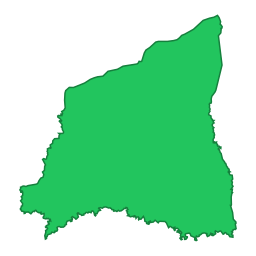 Phu Pha Man, Khon Kaen, Thailand
{"feature_id": "78962969B79810553491951", "entity_name": "Phu Pha Man", "entity_type": "district", "adm_level": 2, "iso_a3": "THA", "parent_name": "Thailand", "parent_adm1": "Khon Kaen", "projection": "albers", "projection_center": [101.845, 16.731], "detail": "fine", "context": "isolated", "style": "filled", "palette": "green", "viewbox_px": 256, "rotation_deg": 0, "n_neighbors": 0, "source": "geoboundaries", "source_scale": "gbopen_adm2", "svg_char_len": 5878}
<svg xmlns="http://www.w3.org/2000/svg" viewBox="0 0 256 256"><path d="M217.5,15.4L214.0,17.2L209.5,18.2L203.2,20.4L193.5,29.3L184.7,34.2L181.7,35.4L179.5,37.8L177.1,39.7L173.6,40.6L167.6,41.4L158.4,41.4L155.7,42.1L149.8,47.5L145.9,50.1L144.3,53.0L141.8,61.1L141.0,61.6L139.1,61.3L138.2,63.1L136.9,64.0L123.0,66.2L117.4,69.3L108.0,71.3L102.9,76.2L97.6,76.8L94.2,77.8L90.3,79.4L84.5,83.1L73.5,87.5L69.3,87.4L65.7,90.6L65.0,93.1L64.6,100.2L65.2,107.9L63.7,110.4L61.7,111.5L62.6,113.4L62.2,114.6L61.4,114.0L60.9,114.1L61.5,115.6L58.3,115.5L57.7,116.1L58.0,117.3L60.0,118.6L61.6,120.8L61.2,121.2L59.5,120.8L59.3,121.2L61.9,124.2L62.2,125.8L61.3,126.9L62.2,127.7L62.4,129.7L63.5,131.5L63.5,132.6L62.9,133.4L58.8,133.4L59.8,134.3L59.0,135.8L58.9,138.4L54.6,138.7L52.8,140.8L52.6,143.3L50.2,145.0L50.4,146.7L50.9,147.3L50.7,148.2L49.3,147.9L47.4,148.9L47.6,150.4L47.1,151.3L47.8,152.8L47.5,153.4L47.9,154.6L46.8,156.7L46.5,158.8L45.5,159.3L43.8,158.6L42.6,159.4L45.5,165.0L44.7,166.2L44.4,170.4L42.5,172.0L43.8,174.5L43.0,177.3L40.8,178.1L39.0,180.7L37.9,183.1L36.7,184.1L28.1,185.6L26.0,186.5L23.8,186.0L22.3,186.3L21.2,187.3L20.6,187.2L20.6,188.8L19.9,189.9L20.3,190.5L21.6,190.9L20.7,191.6L20.8,192.2L21.7,192.3L22.4,191.7L22.7,192.1L22.7,195.2L21.2,196.8L21.9,197.5L22.0,199.2L20.6,200.8L22.6,203.5L22.4,205.8L21.4,206.1L21.1,207.8L20.4,208.6L20.5,209.6L21.1,209.8L21.6,211.1L24.1,211.7L24.2,213.5L25.1,213.3L25.7,212.2L28.4,212.0L30.9,213.8L32.9,211.5L33.6,211.3L34.2,211.6L34.7,210.7L35.7,210.2L36.2,210.5L36.1,211.1L38.5,212.6L39.8,212.8L41.0,212.2L41.2,213.0L40.8,213.8L41.6,214.2L44.0,213.5L44.1,215.8L43.1,217.2L43.4,218.2L45.9,218.9L46.7,218.3L47.2,218.8L48.4,218.4L49.3,219.4L50.3,219.3L50.6,220.8L49.7,220.2L49.9,220.9L49.5,221.3L48.0,221.2L47.7,221.8L49.0,223.2L48.4,223.6L48.9,224.4L46.2,225.8L46.2,226.2L46.8,226.1L45.5,227.0L45.9,227.6L47.1,227.6L47.6,228.4L46.9,229.7L45.6,230.5L45.8,232.2L44.8,235.7L45.4,239.1L46.5,238.5L46.5,237.9L45.9,237.1L47.1,236.6L47.8,234.7L51.0,233.7L51.8,232.2L54.2,232.7L54.9,232.2L54.8,231.3L56.9,231.1L57.6,229.8L57.0,227.5L57.9,226.7L59.4,226.5L60.6,227.2L63.4,227.1L64.8,226.1L65.0,225.1L66.4,224.5L66.3,223.0L67.0,221.3L69.4,220.4L70.3,220.8L70.5,221.5L71.8,221.3L72.0,220.5L71.4,219.7L72.3,219.5L72.4,218.8L71.5,217.6L72.3,216.6L75.1,218.2L75.7,219.1L76.4,219.0L78.4,216.9L77.2,213.5L77.7,212.9L78.6,212.9L79.0,214.0L81.1,214.6L81.6,215.4L83.8,215.0L83.7,214.1L85.0,213.7L85.9,212.5L86.8,212.4L87.9,213.0L88.8,212.0L91.1,212.7L91.6,211.2L92.8,210.9L93.9,212.3L94.6,215.2L95.4,215.9L95.9,215.3L95.2,213.6L97.0,213.7L98.4,210.9L100.5,210.3L100.0,209.4L98.6,208.6L98.7,208.1L100.2,207.6L102.4,208.2L103.7,207.2L105.8,206.9L108.7,208.0L110.1,207.7L110.5,208.3L111.3,208.5L111.8,209.6L113.6,209.7L113.5,210.9L113.8,211.2L115.5,210.8L116.9,211.5L118.3,210.3L119.4,211.1L121.2,210.8L123.6,209.1L124.0,208.4L125.6,208.5L125.9,207.5L126.8,207.6L127.4,208.1L127.2,209.1L127.9,209.5L126.4,210.8L127.5,211.7L127.1,212.5L127.7,214.0L128.9,214.9L127.7,215.7L129.4,216.1L130.3,216.8L132.7,216.3L134.0,217.0L134.4,216.5L133.5,216.2L134.4,215.7L135.6,216.3L136.0,218.3L136.8,217.2L138.2,216.9L139.1,218.1L138.4,218.9L138.7,219.8L139.5,219.1L141.0,219.2L143.4,216.4L144.5,218.7L144.9,221.3L146.6,222.0L146.6,223.5L148.5,224.2L149.2,223.9L149.2,222.7L148.5,222.5L148.8,221.7L150.3,221.0L150.5,221.5L149.9,222.6L153.4,222.0L155.1,220.2L158.2,222.8L159.1,221.5L160.1,221.3L165.0,221.5L166.4,222.9L168.6,227.7L170.0,226.4L171.0,226.7L172.3,227.9L174.7,227.3L174.4,228.3L173.7,228.7L174.5,230.5L175.0,230.4L175.3,228.5L177.3,228.3L178.3,229.0L178.8,230.4L178.5,230.8L177.3,230.8L177.0,232.0L178.2,232.2L179.7,233.1L179.8,230.7L181.6,232.4L181.7,233.0L181.1,233.6L180.4,235.5L181.0,236.8L179.9,238.2L181.2,239.8L182.1,239.4L181.4,238.2L182.5,236.7L183.2,236.6L184.3,237.4L184.6,239.4L185.9,239.3L187.3,237.6L187.3,236.8L185.9,236.5L185.5,235.9L185.2,234.4L185.9,233.7L189.0,233.1L190.0,233.5L190.9,235.8L194.8,237.5L194.7,239.9L196.1,240.6L196.9,240.2L195.9,237.7L196.4,236.1L197.6,236.8L199.1,236.3L199.3,235.0L200.4,234.9L202.2,233.3L204.3,232.9L206.9,233.6L207.1,234.1L206.5,234.7L207.4,236.5L209.6,235.5L210.9,233.2L211.6,233.9L212.6,233.8L212.5,234.3L211.6,234.4L211.5,234.9L211.9,235.4L213.1,235.6L215.7,233.7L215.1,231.5L215.4,230.9L217.9,232.2L220.0,231.0L220.8,231.1L223.1,234.2L223.8,234.0L224.9,232.6L225.7,232.6L226.8,234.1L228.5,234.5L229.8,236.7L232.9,237.2L232.9,235.2L231.7,234.7L231.4,234.2L232.6,232.5L232.4,231.8L231.8,231.6L232.9,230.7L232.9,230.0L234.6,229.2L235.2,229.5L236.1,228.7L235.4,224.7L235.4,223.4L235.9,223.3L235.9,222.0L233.3,219.2L232.6,212.5L230.5,205.5L231.1,205.6L231.4,204.8L231.2,196.9L231.8,193.7L232.5,192.6L231.9,192.4L232.4,189.3L231.0,189.3L233.0,186.3L231.9,184.5L232.4,182.1L231.4,180.9L232.7,179.1L232.2,175.2L230.1,174.9L229.3,173.8L229.3,173.0L228.2,172.1L228.3,171.7L229.1,172.1L230.1,171.8L228.9,170.9L229.2,170.2L229.0,169.1L227.9,168.4L227.5,167.1L226.7,166.5L225.7,163.4L224.7,162.8L224.6,162.0L222.5,159.2L221.1,153.4L220.1,152.4L219.9,151.2L219.3,150.5L219.4,149.8L218.3,149.1L218.4,148.4L219.9,147.8L220.8,148.4L220.9,147.1L219.5,147.1L219.6,146.6L218.8,146.0L217.6,146.1L217.3,145.0L217.5,144.5L216.3,143.3L216.5,142.1L214.9,142.7L214.8,142.0L214.2,141.8L213.8,142.2L214.0,142.8L213.3,142.7L213.1,139.4L214.2,137.6L214.1,135.6L214.6,135.0L213.9,132.4L213.2,132.2L213.5,130.2L212.9,128.7L213.9,127.7L212.8,126.8L212.1,125.0L213.2,123.2L214.0,122.9L213.4,122.1L213.3,121.1L213.9,120.5L212.5,120.4L212.5,119.8L211.0,117.8L211.0,116.0L208.7,114.7L208.7,113.3L210.0,111.2L209.5,110.4L210.1,109.1L209.4,107.4L209.6,105.1L209.2,104.2L209.9,103.2L211.0,103.2L211.4,102.1L211.2,98.9L211.8,96.3L215.0,92.0L215.9,90.0L222.0,65.1L218.4,35.7L220.8,32.9L221.2,28.7L221.0,28.4L221.8,28.2L222.2,26.8L221.2,25.1L220.1,24.3L220.6,21.7L219.1,17.7L217.5,15.4Z" fill="#22c55e" stroke="#15803d" stroke-width="1.5"/></svg>